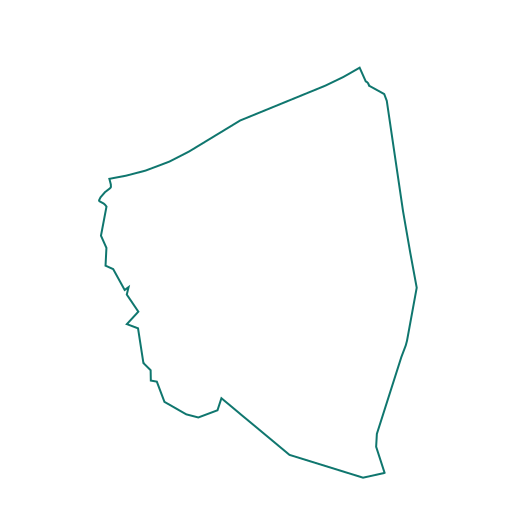 Onslow, United States of America, rotated 189°
{"feature_id": "52423323B38780973615632", "entity_name": "Onslow", "entity_type": "district", "adm_level": 2, "iso_a3": "USA", "parent_name": "United States of America", "parent_adm1": "", "projection": "equal_earth", "projection_center": [-77.351, 34.712], "detail": "fine", "context": "isolated", "style": "outline", "palette": "teal", "viewbox_px": 512, "rotation_deg": 189, "n_neighbors": 0, "source": "geoboundaries", "source_scale": "gbopen_adm2", "svg_char_len": 1032}
<svg xmlns="http://www.w3.org/2000/svg" viewBox="0 0 512 512"><g transform="rotate(189 256 256)"><path d="M95.5,61.7L95.1,62.0L107.5,86.4L108.8,99.2L96.6,179.1L94.1,191.1L93.6,195.9L92.4,245.8L92.3,249.8L103.5,281.5L104.0,282.9L114.5,313.6L114.8,314.5L117.8,323.3L151.1,429.7L154.7,436.0L171.0,441.9L171.0,442.4L171.7,443.0L172.1,444.0L173.7,445.2L174.9,445.6L183.1,458.2L197.7,446.5L214.0,435.2L292.8,387.4L338.5,348.7L356.3,335.7L374.9,325.1L378.4,323.1L396.9,315.0L412.9,309.3L410.6,304.0L410.1,301.5L410.3,300.8L411.1,299.7L415.1,295.5L418.7,289.7L419.0,288.8L419.7,286.5L419.6,286.1L419.2,285.6L414.7,284.0L413.1,283.0L411.4,281.4L412.3,251.8L405.0,240.6L403.1,222.9L395.0,220.7L380.4,201.9L377.0,205.3L377.6,197.7L363.5,182.6L372.9,168.5L361.2,166.1L350.7,133.4L350.6,133.2L350.4,133.1L350.4,132.8L350.4,132.6L342.2,126.7L340.4,116.5L334.3,116.4L323.6,97.6L300.1,88.7L287.7,87.5L269.9,97.6L267.9,110.1L248.6,98.6L246.5,97.3L233.8,89.8L191.8,64.8L115.6,53.8L95.5,61.7Z" fill="none" stroke="#0f766e" stroke-width="2"/></g></svg>